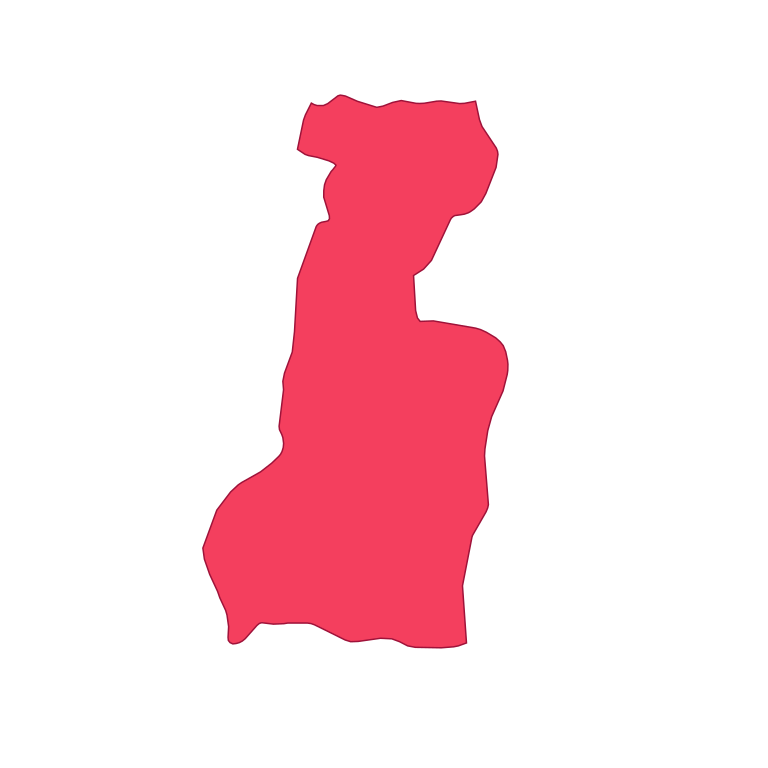 map outline of Pasco (orthographic projection), rotated 111°
{"feature_id": "PER-581", "entity_name": "Pasco", "entity_type": "Department", "adm_level": 1, "iso_a3": "PER", "parent_name": "Peru", "parent_adm1": "", "projection": "orthographic", "projection_center": [-75.545, -10.377], "detail": "fine", "context": "isolated", "style": "filled", "palette": "rose", "viewbox_px": 768, "rotation_deg": 111, "n_neighbors": 0, "source": "natural_earth", "source_scale": "10m", "svg_char_len": 2027}
<svg xmlns="http://www.w3.org/2000/svg" viewBox="0 0 768 768"><g transform="rotate(111 384 384)"><path d="M596.2,214.2L601.9,220.8L604.4,224.8L609.7,235.9L618.6,260.4L620.0,268.1L619.0,277.1L619.1,285.4L622.6,296.1L633.6,315.9L636.5,322.7L636.9,328.5L633.7,362.7L633.8,366.2L634.6,369.8L641.6,388.1L643.6,391.5L647.8,401.2L650.6,412.3L651.2,413.4L652.4,414.7L654.9,416.1L671.5,422.3L674.8,424.2L677.3,426.4L679.3,429.1L680.8,432.0L680.6,435.0L679.2,437.4L676.4,438.8L666.2,442.1L655.9,447.8L652.1,450.7L642.4,460.7L637.3,465.0L624.2,478.5L611.9,488.9L602.1,494.3L561.7,494.9L539.7,488.5L530.5,484.0L527.0,481.6L510.3,467.8L498.2,460.5L489.3,456.3L486.7,455.4L483.6,455.0L479.4,455.3L475.5,456.4L470.3,459.2L467.7,461.4L464.1,465.2L461.0,466.8L425.4,475.7L417.7,479.4L409.5,480.8L387.0,481.1L367.3,486.3L316.3,502.6L261.3,503.7L259.9,503.4L258.5,502.9L256.9,501.8L255.4,500.3L252.9,496.3L251.6,494.6L249.3,494.1L246.4,495.4L231.2,507.2L225.1,509.5L219.4,510.9L214.0,511.1L204.5,509.5L202.3,508.6L200.5,508.1L199.3,507.7L198.0,507.3L196.9,507.3L195.8,510.0L195.4,515.4L196.3,527.8L197.8,536.3L197.9,540.0L195.9,548.9L166.4,553.7L160.9,553.8L147.8,552.5L148.2,549.4L148.0,546.2L145.7,540.3L142.4,537.0L131.5,530.3L130.0,528.4L129.5,526.2L129.0,523.2L129.6,510.2L128.3,489.9L124.9,484.5L118.0,476.8L113.2,469.5L110.5,454.7L109.3,451.2L107.5,447.1L101.1,436.2L99.3,432.1L95.1,413.9L93.1,409.4L87.2,399.9L103.0,389.6L108.5,384.8L123.5,363.7L126.1,361.4L128.8,359.9L141.6,357.0L169.6,357.2L179.1,358.5L188.2,362.5L192.1,365.1L193.9,366.6L196.6,369.8L198.6,373.2L201.4,378.3L202.9,379.5L205.1,380.6L207.0,380.9L251.6,384.0L262.5,388.2L272.1,395.3L304.1,380.8L310.4,376.4L312.6,372.7L307.4,360.5L299.0,318.4L298.6,313.3L299.0,307.1L300.9,296.2L303.1,290.5L305.5,286.4L310.3,281.9L317.6,277.2L321.1,275.4L327.0,273.3L330.9,272.4L347.8,270.4L375.8,271.8L390.4,270.4L408.4,266.5L415.1,264.4L459.2,243.3L462.5,242.8L466.7,242.9L493.6,247.1L495.5,247.0L544.3,238.4L596.2,214.2Z" fill="#f43f5e" stroke="#9f1239" stroke-width="1.5"/></g></svg>